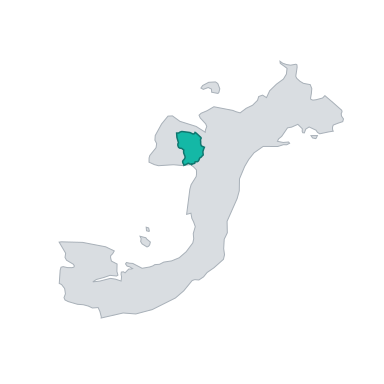 Herrera on a map of Panama (Mercator projection), rotated 131°
{"feature_id": "PAN-1338", "entity_name": "Herrera", "entity_type": "Province", "adm_level": 1, "iso_a3": "PAN", "parent_name": "Panama", "parent_adm1": "", "projection": "mercator", "projection_center": [-80.638, 7.834], "detail": "fine", "context": "in_parent", "style": "filled", "palette": "teal", "viewbox_px": 384, "rotation_deg": 131, "n_neighbors": 0, "source": "natural_earth", "source_scale": "10m", "svg_char_len": 4143}
<svg xmlns="http://www.w3.org/2000/svg" viewBox="0 0 384 384"><g transform="rotate(131 192 192)"><path d="M346.7,177.9L345.7,178.6L342.6,183.1L340.8,187.0L344.9,191.1L346.1,195.4L348.4,200.1L351.9,204.8L355.9,213.5L356.8,217.0L355.7,219.3L351.9,220.7L348.4,224.8L347.4,229.8L348.1,232.2L337.5,240.2L334.7,241.5L332.9,240.3L330.7,236.3L328.0,233.1L326.5,232.0L325.7,231.9L324.8,232.6L324.4,234.4L325.8,241.9L324.7,244.9L321.1,247.2L317.0,259.4L315.3,257.9L301.8,241.5L290.0,221.2L287.5,212.0L290.6,211.4L293.5,211.6L295.1,210.2L297.0,207.5L295.5,201.3L301.2,196.6L303.3,193.4L304.9,193.8L308.7,199.2L314.1,202.3L320.8,206.8L324.9,207.9L319.7,203.1L310.7,196.9L308.1,192.8L305.7,187.1L302.2,189.5L300.6,191.6L298.8,192.8L297.2,191.4L296.9,189.5L291.6,189.2L290.2,187.5L288.8,186.6L289.4,190.1L290.5,192.3L289.9,195.0L288.2,195.2L286.7,192.4L284.8,189.9L282.3,179.6L276.3,174.7L273.5,173.1L271.2,172.4L267.9,169.1L263.4,167.3L257.4,162.2L250.0,158.5L240.9,157.2L229.9,158.0L226.2,160.0L223.7,162.6L222.5,163.8L216.0,166.8L213.5,171.2L212.0,174.8L208.7,178.9L212.4,181.4L191.2,195.5L187.0,197.5L177.5,199.0L175.3,200.5L172.4,203.2L172.0,207.5L172.4,211.1L175.2,213.8L177.6,215.6L183.6,223.9L194.1,234.5L196.0,238.3L197.7,244.0L194.5,246.7L192.1,247.8L182.1,248.2L178.6,250.5L177.2,254.0L173.5,256.8L160.6,259.6L150.5,259.9L147.4,256.7L146.6,247.5L139.8,231.9L138.2,221.2L136.5,222.5L132.9,223.8L131.6,226.4L130.7,234.4L129.4,237.1L126.6,236.8L120.9,234.0L113.3,231.4L103.6,214.6L102.5,211.4L100.7,207.6L93.2,206.0L86.8,203.2L79.8,202.7L76.2,204.3L72.6,202.3L71.9,197.7L64.6,199.8L55.2,199.0L46.8,197.1L41.1,198.1L36.3,201.4L37.0,209.8L35.6,211.4L35.3,208.0L33.7,204.1L31.6,200.8L27.4,197.4L27.2,196.2L28.9,194.5L36.6,189.6L37.5,187.5L37.6,183.2L36.9,179.2L33.4,173.2L35.4,169.4L39.4,166.5L43.4,164.1L44.1,163.1L43.4,161.1L41.0,158.9L35.4,155.1L32.1,154.9L32.0,144.1L32.1,132.6L33.0,131.4L35.0,130.8L36.6,129.0L37.5,125.6L40.0,124.4L44.4,127.0L48.8,129.3L50.7,128.6L52.1,127.4L53.1,126.3L53.4,125.3L57.0,128.3L64.3,133.8L64.7,136.4L64.0,139.0L66.1,146.3L69.9,147.4L73.7,146.0L74.6,147.3L73.9,148.7L71.9,150.2L71.5,156.5L77.7,159.4L80.9,162.0L91.2,160.8L95.1,161.5L97.7,160.8L94.8,155.7L90.9,151.9L91.2,150.3L94.2,151.5L96.4,154.1L101.5,157.2L110.9,168.2L121.7,170.9L130.3,170.5L138.2,169.0L150.9,164.8L160.1,157.1L167.4,153.6L191.1,146.3L199.6,138.6L203.1,137.6L206.5,136.7L214.0,130.9L218.0,126.3L222.2,124.1L234.7,125.7L242.9,127.8L248.5,127.6L253.9,129.1L256.3,132.4L258.7,133.8L272.0,133.4L282.9,135.0L306.7,144.8L320.9,154.4L328.5,164.6L346.7,177.9ZM107.7,253.5L104.6,253.8L98.3,251.4L93.6,246.6L93.3,245.1L93.3,243.5L95.9,238.7L99.3,237.0L100.6,237.1L103.8,242.6L101.6,244.8L102.5,248.3L107.1,250.8L107.7,253.5ZM260.6,199.8L259.5,202.2L256.8,196.8L257.2,195.4L257.1,190.6L259.6,189.3L261.4,189.2L263.0,189.9L263.9,195.6L263.1,198.2L260.6,199.8ZM72.1,136.5L71.4,139.2L67.1,134.4L69.7,133.6L70.6,133.7L72.1,136.5ZM251.1,200.9L248.6,203.5L247.6,201.1L249.4,198.6L250.0,198.6L251.1,200.9Z" fill="#d9dde1" stroke="#a8b0b8" stroke-width="1"/><path d="M171.3,210.2L170.9,210.7L171.8,211.2L172.3,212.3L172.5,213.4L173.0,213.9L173.9,214.1L176.0,215.0L176.7,215.5L177.1,215.6L176.7,216.4L176.3,216.9L176.1,217.9L175.4,218.8L174.9,219.2L174.1,219.4L172.4,219.3L170.5,219.8L169.8,220.5L168.1,223.7L167.4,224.5L166.6,225.2L165.9,225.6L165.6,226.0L165.8,226.6L165.8,227.5L165.8,227.9L165.9,228.4L166.1,228.8L166.8,229.8L167.0,230.2L167.0,230.7L167.1,231.3L166.8,232.1L166.2,233.1L165.5,233.8L165.1,234.1L164.7,234.3L163.9,234.4L163.6,234.7L160.7,239.2L157.6,242.3L156.2,240.8L155.8,240.6L154.7,240.4L153.0,239.4L148.6,232.8L148.3,232.1L147.9,230.4L147.6,229.5L147.2,229.0L146.9,228.7L146.3,228.5L145.0,228.8L144.8,227.5L145.0,221.1L145.3,220.5L145.6,220.3L147.0,219.9L148.2,218.6L149.8,217.2L150.3,216.6L150.9,215.4L150.9,214.6L150.1,212.0L152.1,211.3L154.2,210.4L155.1,209.6L156.4,208.1L156.9,207.8L157.7,207.9L158.2,208.0L159.5,207.9L160.8,208.4L161.8,208.3L163.8,207.6L164.9,207.6L165.7,207.9L166.7,209.0L167.3,209.4L167.6,209.4L168.2,208.9L168.6,208.8L169.2,209.2L170.5,210.0L171.3,210.2Z" fill="#14b8a6" stroke="#0f766e" stroke-width="1.5"/></g></svg>